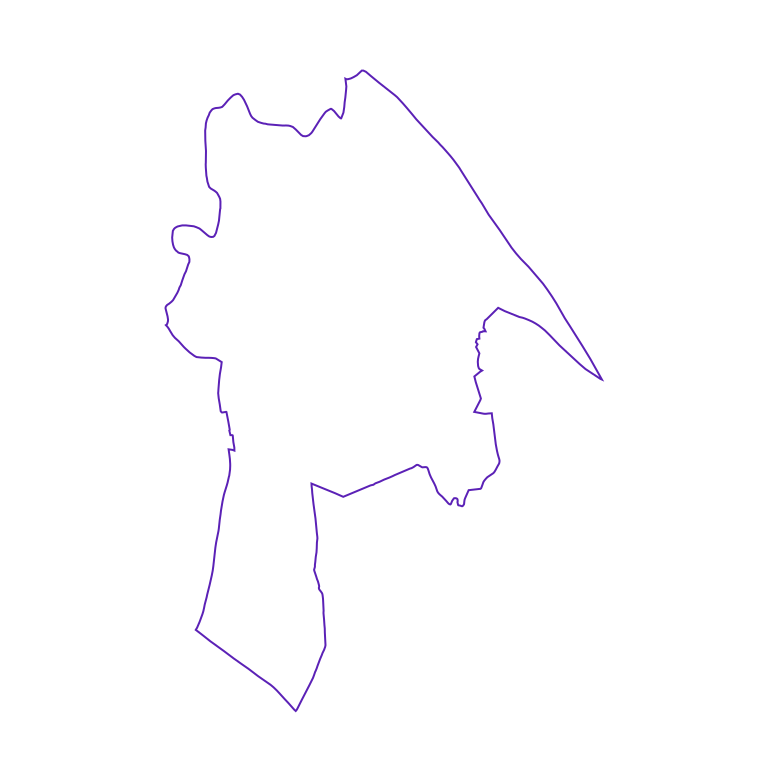 Vung Liem, Vĩnh Long, Vietnam (Equal Earth projection), rotated 353°
{"feature_id": "81297802B24233120148790", "entity_name": "Vung Liem", "entity_type": "district", "adm_level": 2, "iso_a3": "VNM", "parent_name": "Vietnam", "parent_adm1": "Vĩnh Long", "projection": "equal_earth", "projection_center": [106.149, 10.058], "detail": "fine", "context": "isolated", "style": "outline", "palette": "violet", "viewbox_px": 768, "rotation_deg": 353, "n_neighbors": 0, "source": "geoboundaries", "source_scale": "gbopen_adm2", "svg_char_len": 6127}
<svg xmlns="http://www.w3.org/2000/svg" viewBox="0 0 768 768"><g transform="rotate(353 384 384)"><path d="M600.8,406.1L591.8,384.2L585.5,370.3L575.0,348.0L574.3,346.6L571.5,340.8L564.9,325.0L561.5,317.8L557.6,310.2L554.0,303.7L541.8,285.3L535.2,276.7L531.0,270.5L527.2,264.2L517.6,245.3L508.5,228.7L503.1,216.5L501.0,212.4L500.2,210.6L486.6,181.9L485.0,178.4L480.3,170.0L478.0,166.3L475.4,162.4L471.0,156.0L468.9,153.3L467.3,150.9L462.4,144.8L448.3,125.2L444.7,119.5L440.4,112.9L436.9,107.7L432.0,100.9L429.9,98.6L416.1,84.7L408.6,76.8L404.1,71.9L401.7,70.4L400.2,70.2L394.7,74.2L391.2,75.7L388.2,76.7L385.2,77.1L383.6,76.8L382.9,76.3L382.9,84.1L382.3,87.1L380.5,95.1L379.3,99.5L378.3,104.3L376.8,109.7L373.9,115.1L373.3,115.0L371.5,113.0L367.7,107.0L365.7,104.9L365.2,104.5L364.6,104.4L361.4,105.7L359.4,106.7L357.9,108.1L353.0,113.4L343.6,124.9L342.4,126.1L339.8,127.9L337.9,128.4L336.7,128.6L333.9,128.1L332.1,126.7L327.5,120.7L324.9,117.8L322.4,116.5L320.7,115.9L318.5,115.5L314.8,115.1L300.3,112.1L298.0,111.2L296.2,110.8L294.0,109.9L290.8,108.4L288.6,106.4L285.9,103.7L284.8,101.8L284.0,99.5L282.0,91.8L279.7,84.9L278.1,81.6L277.3,80.5L276.4,79.2L274.4,78.1L271.9,78.4L270.0,78.9L269.2,79.3L266.5,81.2L263.5,83.6L259.8,87.1L257.2,89.2L255.5,89.6L253.6,89.7L250.6,89.6L249.1,89.8L247.3,90.3L246.0,91.4L244.1,93.4L242.9,95.8L241.4,98.1L240.1,100.7L239.0,103.6L238.2,107.7L237.4,110.6L236.3,120.9L235.7,131.1L234.1,142.7L233.8,144.3L233.5,147.6L233.1,155.6L233.3,158.1L233.4,161.6L234.3,166.3L234.5,167.1L235.9,168.9L239.0,171.3L240.3,172.5L241.6,174.0L243.3,178.2L243.9,180.3L243.9,183.0L243.0,189.9L242.7,190.3L242.4,191.6L240.1,201.8L238.9,205.3L235.7,213.5L233.7,216.4L232.4,217.1L231.3,217.1L230.3,217.0L229.2,216.6L228.3,216.1L226.7,214.6L221.4,208.8L219.8,207.2L216.9,205.5L214.5,204.3L210.8,203.4L207.0,202.5L203.2,202.0L201.8,202.1L198.3,202.5L196.7,203.1L195.3,203.8L194.3,204.7L193.1,206.3L191.6,212.8L191.4,216.5L191.6,220.0L192.1,222.7L192.7,224.3L193.8,226.2L195.1,227.5L195.9,228.5L197.3,229.2L202.2,230.9L204.4,231.9L205.8,233.5L206.0,235.0L206.1,236.4L205.7,239.1L204.2,241.5L201.2,248.0L199.3,250.8L196.4,256.6L194.3,261.2L192.8,263.2L191.6,265.7L190.0,268.3L186.2,273.3L184.9,275.0L183.2,276.4L180.5,278.1L178.4,279.1L177.7,279.8L177.2,280.2L176.8,280.8L176.6,281.3L176.4,282.0L176.4,282.6L177.4,290.4L177.5,293.7L177.2,295.4L176.4,297.3L176.0,298.0L175.6,298.6L174.7,299.0L176.0,300.8L177.1,302.8L178.2,305.4L180.2,309.8L182.1,312.7L185.5,316.6L189.8,322.8L191.3,324.7L194.9,328.9L199.2,333.0L201.2,334.4L205.9,335.5L210.3,336.3L215.1,336.9L218.4,337.6L220.1,338.1L221.5,339.2L225.6,342.5L225.4,343.2L224.3,347.6L222.4,353.8L220.9,359.9L219.1,368.7L218.5,372.0L218.3,372.7L218.2,378.0L218.5,384.2L218.6,390.2L218.6,390.9L218.7,391.3L219.1,391.9L219.6,392.5L220.3,392.6L223.9,392.4L224.2,392.6L224.9,402.5L225.2,408.3L225.3,410.4L225.2,410.9L225.1,411.1L224.8,411.3L225.3,416.0L226.9,416.2L227.5,416.5L227.6,416.9L227.4,423.3L227.7,428.8L227.4,431.9L225.5,430.9L221.8,429.9L221.9,435.3L221.9,439.6L221.6,444.6L221.4,446.4L220.8,450.1L219.2,456.2L218.8,457.0L216.7,462.9L215.6,465.5L212.7,471.9L211.6,474.5L209.4,480.9L206.8,489.7L205.9,493.4L204.5,498.5L202.4,507.5L201.8,509.7L198.1,520.8L196.7,525.8L192.4,544.0L191.2,548.5L189.7,553.1L186.4,562.3L182.8,571.6L182.0,574.0L179.2,581.0L178.3,583.8L177.0,587.5L175.7,590.4L172.0,597.6L168.8,603.1L167.2,605.1L172.0,609.8L180.3,618.2L192.6,629.6L201.3,638.0L208.1,644.2L214.9,650.3L223.3,658.5L235.0,669.0L237.5,671.7L240.4,675.3L247.0,684.6L250.0,688.7L255.3,696.4L256.5,697.8L257.5,696.9L258.3,695.9L263.7,687.8L273.2,673.9L276.9,668.3L277.7,667.1L279.1,664.4L280.6,661.3L281.1,660.6L282.5,658.1L283.7,655.6L287.1,649.1L289.3,645.3L290.1,643.7L292.3,640.3L292.7,639.4L293.5,637.9L293.8,637.0L294.1,636.1L295.0,623.4L295.4,619.5L295.5,616.0L295.8,610.5L296.0,604.2L296.2,602.7L296.4,602.0L297.2,591.2L297.3,589.4L297.3,586.1L297.2,584.9L297.0,584.1L296.4,582.9L294.7,580.0L294.5,579.0L294.5,578.4L294.9,577.3L295.0,576.8L294.9,575.4L294.4,572.0L293.7,569.4L293.3,567.0L292.1,561.1L292.0,560.3L292.0,559.8L293.0,557.4L293.2,556.7L293.4,555.0L294.1,552.3L295.2,547.3L296.5,542.8L297.2,539.0L298.1,533.2L299.1,529.1L299.2,527.3L299.2,523.7L299.6,509.1L299.4,494.6L299.5,483.5L299.7,479.9L299.7,476.7L299.9,474.0L309.0,479.1L322.1,486.4L329.8,491.0L358.3,483.0L360.0,482.8L361.3,482.7L362.4,482.0L363.5,481.5L367.7,480.5L372.5,478.9L378.0,477.5L381.3,476.5L383.6,475.7L399.6,471.1L401.0,470.9L403.1,470.1L406.1,468.5L406.6,468.3L407.2,468.3L408.1,468.6L411.4,471.1L412.1,471.4L414.9,471.5L415.8,471.7L416.3,471.9L416.7,472.4L417.1,473.1L417.5,474.8L418.3,479.1L419.3,482.5L421.7,488.8L422.7,491.9L423.8,497.0L424.4,498.4L425.4,499.9L426.6,501.3L428.0,502.8L431.4,507.5L433.0,509.9L433.6,510.7L434.4,511.3L435.0,511.6L435.3,511.6L435.8,511.2L436.3,510.3L437.4,508.3L439.2,506.3L439.7,505.9L440.5,506.0L441.4,506.1L442.3,506.6L442.8,507.2L442.9,507.7L442.9,509.2L442.5,510.1L442.8,513.0L443.0,513.4L443.5,513.6L444.2,513.8L444.8,514.0L446.4,514.8L447.0,514.8L447.3,514.6L447.8,514.2L448.7,513.2L448.9,512.6L449.5,510.0L449.9,508.6L450.8,506.9L455.1,499.7L466.7,499.8L467.0,499.8L467.3,499.6L467.7,499.3L468.1,498.6L469.6,495.7L470.6,493.6L471.7,492.2L473.5,490.5L475.2,489.1L481.7,485.8L483.0,484.6L484.6,482.5L486.6,479.6L488.6,476.9L489.1,475.4L489.3,474.3L489.3,473.7L489.2,472.5L488.8,470.3L488.4,467.8L488.0,464.0L487.6,457.4L487.6,437.4L487.3,431.1L487.4,426.2L484.1,426.0L481.8,426.0L480.5,425.9L479.2,425.6L470.2,422.7L477.6,411.8L478.4,410.2L475.3,393.2L474.6,387.5L481.0,383.5L483.0,382.6L480.5,380.7L480.0,379.8L479.6,377.6L479.8,373.4L480.4,370.6L481.2,368.3L482.4,365.2L479.9,358.5L481.7,356.0L480.3,353.7L481.6,350.8L484.2,350.6L484.3,348.1L484.9,345.3L485.4,344.5L486.1,344.3L488.3,344.1L488.8,343.7L491.2,344.1L490.3,341.3L489.6,340.3L491.1,335.1L491.6,333.9L492.3,333.0L493.8,332.2L506.6,322.3L512.8,326.4L526.5,334.0L529.6,335.1L531.9,336.2L535.5,338.2L538.8,340.2L541.8,342.4L544.8,344.9L547.4,347.5L550.2,350.4L554.4,355.7L562.9,367.1L580.6,388.0L585.8,393.7L599.3,405.2L600.8,406.1Z" fill="none" stroke="#5b21b6" stroke-width="2"/></g></svg>